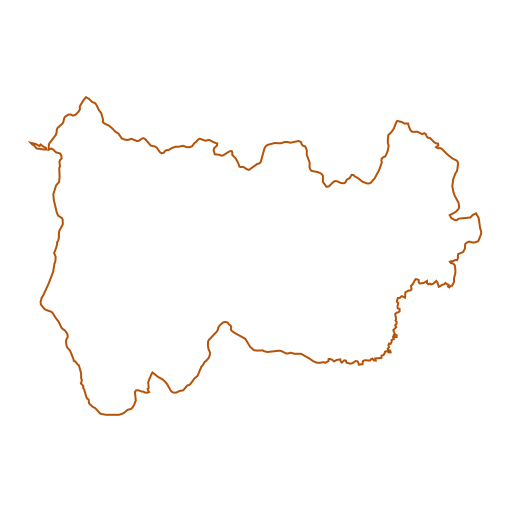 outline of Campina Verde, Minas Gerais, Brazil
{"feature_id": "56859067B98785698808341", "entity_name": "Campina Verde", "entity_type": "district", "adm_level": 2, "iso_a3": "BRA", "parent_name": "Brazil", "parent_adm1": "Minas Gerais", "projection": "robinson", "projection_center": [-49.784, -19.485], "detail": "fine", "context": "isolated", "style": "outline", "palette": "amber", "viewbox_px": 512, "rotation_deg": 0, "n_neighbors": 0, "source": "geoboundaries", "source_scale": "gbopen_adm2", "svg_char_len": 6010}
<svg xmlns="http://www.w3.org/2000/svg" viewBox="0 0 512 512"><path d="M298.5,141.0L290.6,142.7L286.7,141.9L284.1,142.1L281.7,143.1L279.8,143.3L274.8,143.0L267.5,144.9L265.6,146.5L264.5,148.3L260.7,162.1L259.3,163.4L257.3,163.9L249.0,169.9L246.2,169.0L244.7,167.6L242.7,166.9L241.0,167.1L239.4,166.6L238.2,163.1L235.7,158.4L232.2,154.8L232.4,152.7L231.7,151.1L229.6,151.3L222.9,155.5L221.2,155.6L219.1,154.7L214.8,154.3L213.6,150.5L214.1,148.3L217.0,145.5L217.2,143.5L213.6,142.2L209.1,139.9L205.2,140.7L199.8,138.7L198.4,139.3L195.8,142.2L194.5,143.0L192.0,146.3L190.2,147.1L186.8,147.2L183.1,145.8L178.1,146.8L175.7,146.7L171.9,148.0L168.8,149.9L166.7,150.1L165.1,150.9L163.9,152.7L161.5,153.3L159.8,152.0L156.8,147.7L155.0,146.5L150.8,145.6L145.3,139.2L143.6,138.2L142.2,138.4L138.6,140.9L136.8,141.0L131.2,138.8L127.9,140.0L124.8,139.6L121.7,138.4L118.5,133.6L115.2,131.6L112.7,128.8L109.1,125.7L104.4,123.5L102.8,122.0L103.0,119.6L101.6,114.4L101.1,112.9L99.1,110.4L96.3,104.7L94.8,102.9L92.4,102.2L88.9,98.8L86.0,97.2L83.8,99.8L80.3,105.4L79.7,107.0L80.0,108.9L78.9,111.2L75.6,114.8L72.6,115.6L70.7,114.5L68.3,114.6L65.0,116.8L64.1,118.4L63.3,122.2L62.5,123.5L57.5,128.0L56.7,130.1L56.6,132.6L55.7,135.1L49.5,143.1L48.8,144.7L48.7,149.7L51.1,148.5L53.3,149.6L55.9,152.3L60.2,153.5L61.4,155.9L61.6,158.5L60.2,159.9L59.4,161.8L60.0,166.3L59.2,168.1L59.6,176.6L59.1,182.0L56.1,185.4L53.3,194.3L53.9,200.3L56.7,212.3L58.1,215.6L62.1,218.2L62.7,219.9L62.8,224.3L59.2,231.1L58.8,234.7L59.0,236.6L58.6,238.9L58.1,240.8L57.1,242.3L57.1,244.1L56.2,247.7L54.1,253.1L55.6,256.5L55.6,258.4L55.3,261.5L54.4,263.9L53.2,271.6L48.6,283.7L43.2,295.4L41.7,297.7L40.6,302.0L40.9,304.5L43.6,308.1L45.4,309.7L51.1,311.7L52.5,312.7L55.4,317.5L58.8,322.0L61.3,327.4L62.3,328.7L65.1,330.6L67.0,333.3L67.6,334.9L67.7,337.1L66.4,339.4L66.0,341.5L66.5,345.7L67.5,347.9L70.0,350.5L73.5,359.2L73.8,360.9L75.2,361.4L77.7,364.5L78.9,365.4L81.1,373.2L81.1,378.0L81.9,380.3L80.9,383.5L82.4,384.8L83.3,386.2L83.2,388.0L84.2,389.5L86.2,396.5L86.9,398.3L88.6,399.6L89.1,403.3L90.2,404.6L92.4,406.6L95.3,408.2L99.9,413.3L101.2,413.9L106.1,414.8L117.8,414.8L119.4,414.7L123.3,413.3L127.7,409.8L130.9,409.0L132.4,407.7L134.2,404.7L135.8,400.4L134.9,392.2L135.9,390.5L137.4,390.2L139.0,390.5L141.8,391.6L143.3,391.6L145.0,392.6L147.5,392.7L149.1,392.0L148.1,390.5L147.6,389.0L148.7,387.9L148.2,382.0L151.6,373.8L152.5,372.5L158.0,376.9L162.3,379.2L164.7,381.3L167.0,383.9L170.7,390.6L172.4,392.2L174.2,392.7L176.2,392.6L179.8,390.9L183.3,390.3L187.2,385.5L189.2,385.0L190.5,383.9L194.6,378.3L197.5,375.9L201.4,366.7L202.9,365.0L204.8,361.7L206.1,360.9L208.8,357.8L209.6,355.8L210.1,352.8L208.5,349.1L207.9,345.4L208.1,341.4L208.9,339.9L217.0,331.4L217.9,329.5L218.2,327.7L219.9,325.2L223.2,322.4L225.6,321.9L227.7,322.6L229.0,324.5L230.4,325.4L231.2,326.8L230.8,329.4L231.8,330.9L234.6,332.9L245.3,338.8L250.1,346.8L254.0,350.2L257.0,350.6L262.6,350.4L264.0,351.2L267.4,352.0L279.2,350.7L281.2,351.0L286.3,353.5L288.5,353.4L290.5,352.7L294.7,353.8L301.1,353.8L309.7,358.7L313.2,361.2L316.4,362.6L319.4,362.8L323.7,362.2L325.3,362.8L328.5,361.1L328.6,359.0L330.4,359.0L332.5,360.0L334.0,361.4L336.8,359.9L340.3,359.4L340.6,361.2L341.8,362.6L344.3,360.3L345.9,360.6L346.5,362.7L350.2,363.7L352.4,363.2L355.5,361.1L357.6,361.4L358.4,362.9L358.8,364.7L362.5,364.1L362.9,361.1L364.8,360.2L370.0,360.6L371.1,359.1L372.4,358.6L373.7,360.3L375.7,360.6L375.2,358.5L381.4,357.9L381.6,355.6L383.5,355.0L384.5,353.6L385.1,351.6L386.8,351.2L389.0,352.5L390.6,352.4L390.2,350.6L388.3,350.3L387.7,348.8L389.0,347.2L388.5,345.2L389.0,343.6L390.5,343.9L391.5,342.2L391.7,340.0L393.8,339.2L393.0,337.1L393.6,335.6L394.9,337.2L396.6,337.0L396.7,335.3L395.0,334.5L393.3,330.1L396.2,327.2L395.2,325.1L396.5,324.0L396.6,321.8L395.5,320.5L396.1,319.1L395.2,313.9L396.6,312.7L398.4,312.3L399.6,311.2L399.6,308.9L397.8,308.3L397.5,306.3L398.3,303.1L396.8,301.7L397.7,298.1L399.8,297.9L401.7,296.1L405.1,297.6L405.3,292.4L408.7,290.5L410.4,290.5L411.5,289.4L411.0,285.9L412.4,284.6L415.5,279.2L417.0,279.3L418.7,280.0L418.7,282.1L419.7,283.5L423.6,283.0L427.0,281.0L427.0,283.0L428.2,284.3L430.0,283.6L431.2,284.5L433.3,283.6L436.3,280.9L437.5,282.8L438.9,286.8L442.5,284.7L444.2,284.2L445.5,283.0L446.7,284.1L448.6,284.8L448.0,286.5L449.3,287.4L450.4,286.1L452.1,285.6L454.0,281.9L454.0,278.2L455.3,273.4L455.4,270.3L454.8,265.3L453.2,263.6L450.8,263.0L449.9,261.8L451.2,261.2L452.9,261.2L455.2,260.0L457.0,260.2L457.8,258.5L458.1,254.2L463.1,252.0L464.9,248.6L465.2,244.1L466.8,242.6L469.1,241.6L473.2,242.6L475.4,242.3L478.2,241.2L478.9,239.6L480.9,234.5L481.3,232.1L480.0,227.5L478.7,218.1L476.0,213.3L472.8,214.9L470.3,217.5L460.0,218.5L458.3,218.9L457.0,220.0L455.0,220.2L451.3,218.1L449.7,215.1L455.6,212.0L458.6,208.9L459.1,206.9L458.6,202.9L454.6,195.5L453.4,191.9L452.3,186.2L453.2,179.2L455.5,173.2L456.7,171.6L457.4,169.2L458.1,162.8L456.8,160.6L452.5,158.5L447.7,154.7L441.4,148.5L439.9,148.1L437.9,148.3L436.1,147.1L438.3,145.6L438.1,143.6L436.1,143.4L434.1,142.1L430.0,138.0L427.6,137.6L426.4,135.8L425.9,134.2L424.3,133.2L422.2,134.1L417.3,131.7L413.3,131.9L411.6,131.5L410.2,129.7L408.6,125.7L408.1,123.5L404.4,123.5L401.7,122.0L397.2,120.9L396.3,122.2L393.7,128.8L391.6,131.9L388.2,135.3L387.8,140.3L387.9,143.6L388.7,145.7L387.7,150.8L386.1,154.9L384.9,156.7L383.6,157.0L381.7,158.5L381.4,160.5L381.8,162.5L379.1,170.2L374.7,178.2L371.0,182.6L369.4,183.4L367.3,183.5L362.5,181.8L357.8,178.0L354.6,176.3L353.5,175.0L351.6,174.9L349.5,178.3L347.7,179.0L346.3,180.4L345.5,182.3L344.3,183.2L341.1,183.1L337.0,181.2L335.0,181.1L333.3,182.0L328.9,186.4L326.4,186.8L322.9,181.8L322.9,175.7L321.4,173.7L317.9,172.1L311.5,170.9L310.2,169.2L309.4,166.6L309.7,164.5L309.5,162.2L306.7,154.7L306.9,150.8L306.2,148.5L305.1,146.4L302.9,145.7L301.8,144.4L300.9,142.0L298.5,141.0ZM46.4,149.5L45.8,147.7L44.1,147.1L40.6,144.5L39.6,146.0L35.4,143.9L30.7,142.8L32.2,144.4L34.0,145.3L36.5,148.4L43.8,149.5L46.4,149.5Z" fill="none" stroke="#b45309" stroke-width="2"/></svg>